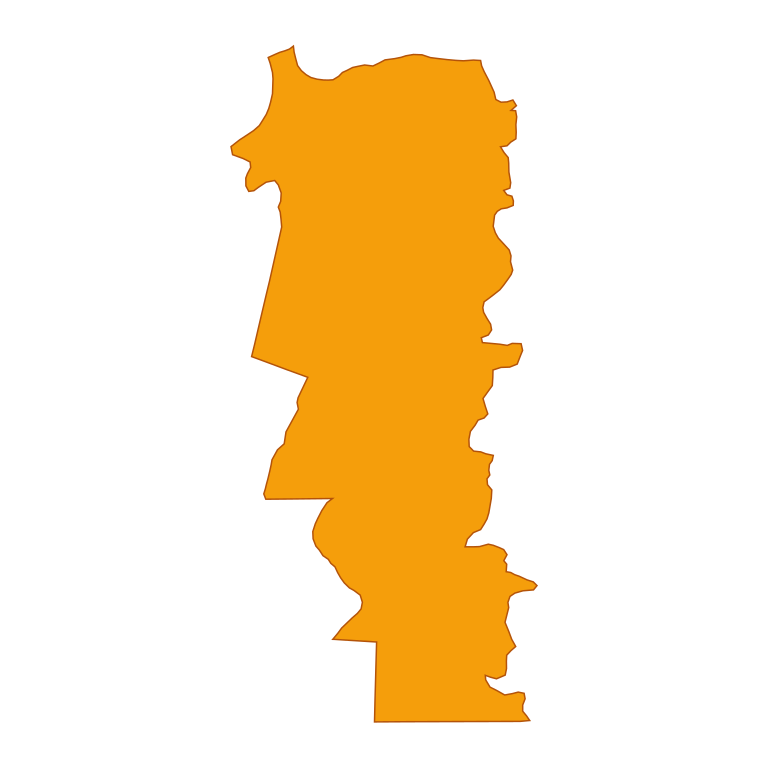 Rosário, Maranhão, Brazil
{"feature_id": "56859067B87661364521174", "entity_name": "Rosário", "entity_type": "district", "adm_level": 2, "iso_a3": "BRA", "parent_name": "Brazil", "parent_adm1": "Maranhão", "projection": "orthographic", "projection_center": [-44.19, -2.972], "detail": "fine", "context": "isolated", "style": "filled", "palette": "amber", "viewbox_px": 768, "rotation_deg": 0, "n_neighbors": 0, "source": "geoboundaries", "source_scale": "gbopen_adm2", "svg_char_len": 3337}
<svg xmlns="http://www.w3.org/2000/svg" viewBox="0 0 768 768"><path d="M480.6,60.5L473.4,60.1L463.4,60.8L456.0,60.4L447.1,59.6L437.6,58.5L430.4,57.6L422.0,54.8L413.4,54.5L405.9,55.8L401.2,57.3L394.8,58.6L385.0,59.9L379.0,63.1L372.9,66.0L364.6,65.0L358.1,66.3L352.6,67.5L347.0,70.4L342.4,72.5L338.7,76.3L333.0,79.8L328.2,80.1L323.6,80.0L317.1,79.2L310.9,77.5L306.1,74.7L301.4,70.7L297.6,65.6L295.7,58.6L294.1,52.1L293.4,46.1L289.4,49.1L284.9,50.8L279.9,52.3L275.7,54.1L268.2,57.5L270.2,63.4L272.5,72.5L273.0,78.8L272.5,93.8L270.5,102.5L268.8,108.4L266.3,114.4L262.3,120.9L259.3,125.6L253.6,130.6L246.9,135.1L239.7,139.8L231.0,146.6L232.6,154.7L243.1,158.5L250.1,162.0L250.7,167.5L247.4,173.8L245.8,178.1L245.9,185.9L248.8,191.4L253.9,190.7L258.3,187.4L266.1,182.2L274.7,180.5L278.3,184.9L281.2,192.9L280.7,201.3L278.3,207.1L280.2,212.1L281.0,219.0L281.7,227.0L269.5,281.2L266.5,293.6L261.5,314.8L259.0,325.5L254.6,344.4L251.6,356.6L259.8,359.6L266.0,361.9L288.0,370.1L307.8,377.3L298.1,397.7L297.1,402.5L298.4,409.2L286.0,431.9L284.2,443.8L277.5,449.8L272.0,459.8L271.2,464.6L269.8,471.0L267.8,479.3L266.5,484.0L265.3,489.0L263.8,493.9L265.8,499.2L288.4,499.0L332.5,498.5L327.0,502.7L321.8,510.6L317.8,518.4L315.3,523.8L312.8,531.6L313.1,538.8L315.9,546.1L319.3,550.0L323.0,555.7L328.3,559.3L330.8,563.3L335.0,566.9L337.7,572.7L340.7,577.9L344.3,582.9L349.4,587.9L353.9,590.4L360.2,595.1L362.4,602.3L361.1,608.9L357.4,613.4L352.1,618.0L341.7,628.0L337.8,633.3L332.8,639.3L376.6,642.0L375.0,700.6L374.8,709.3L374.5,721.9L409.1,721.7L520.0,721.4L529.7,720.5L526.5,715.8L522.7,711.2L522.7,705.0L525.1,698.8L524.1,693.3L518.2,692.1L512.4,693.6L504.7,695.0L497.3,690.8L490.0,687.1L485.7,679.9L485.3,675.3L490.5,677.2L496.5,678.8L505.2,675.1L506.5,668.6L506.4,660.9L506.7,655.2L510.9,650.7L515.7,646.5L511.7,639.3L508.9,631.8L505.0,622.3L506.7,615.6L508.7,607.6L507.9,602.4L510.0,596.4L514.9,593.1L522.9,590.8L533.5,589.9L537.0,585.6L533.3,581.9L527.1,579.9L519.1,576.2L514.7,574.7L510.7,572.5L506.2,571.7L506.7,564.2L503.8,560.7L507.0,554.7L503.7,549.6L499.5,547.7L493.3,545.3L488.3,544.2L479.5,546.6L473.9,546.8L465.1,546.8L467.4,539.1L473.4,532.6L480.6,529.6L484.1,524.1L487.0,518.9L488.8,512.9L491.3,498.4L491.8,489.9L487.5,484.7L487.0,478.8L489.8,475.0L488.8,470.3L489.5,464.3L492.2,460.6L493.3,455.4L485.8,453.8L480.8,451.9L473.6,451.1L469.2,446.6L468.9,439.3L470.4,431.4L475.1,425.2L478.1,420.1L484.1,418.0L487.8,413.9L485.4,406.7L483.0,398.5L487.8,391.8L492.3,385.6L492.8,377.5L493.0,370.0L501.0,367.4L509.7,367.1L517.2,364.1L520.4,355.8L522.6,350.4L521.1,343.7L512.2,343.4L507.3,345.4L499.7,344.2L482.4,342.6L481.3,337.7L488.3,335.0L491.6,329.9L490.6,324.2L486.8,318.1L483.6,312.3L482.8,307.6L484.1,301.8L488.4,298.7L494.0,294.4L499.8,289.8L503.5,285.3L508.0,279.1L511.2,274.4L512.7,270.1L510.5,261.7L511.0,255.9L509.2,250.0L504.2,244.5L498.3,238.1L495.3,232.7L493.2,226.3L494.6,215.1L497.3,211.3L501.3,208.8L507.0,207.9L513.2,205.4L513.4,200.9L511.9,196.2L507.0,194.8L503.7,190.4L509.9,188.1L510.7,182.7L508.9,172.0L508.7,163.0L508.2,157.6L504.0,152.5L500.5,146.8L507.0,145.8L510.8,142.1L515.9,138.8L516.2,132.3L515.9,124.6L516.7,116.9L515.6,110.7L511.0,110.4L516.4,105.7L512.9,100.0L507.0,101.9L501.0,102.2L495.8,99.5L494.1,92.2L488.8,80.5L484.1,71.5L481.6,65.8L480.6,60.5Z" fill="#f59e0b" stroke="#b45309" stroke-width="1.5"/></svg>